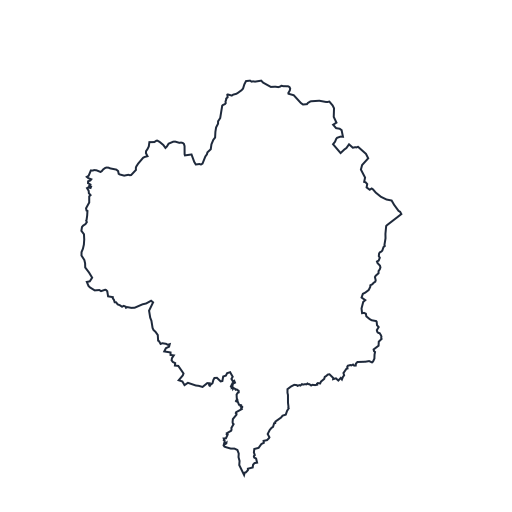 Oke Ta Ra, Mandalay, Myanmar, rotated 233°
{"feature_id": "60261553B97058697426989", "entity_name": "Oke Ta Ra", "entity_type": "district", "adm_level": 2, "iso_a3": "MMR", "parent_name": "Myanmar", "parent_adm1": "Mandalay", "projection": "natural_earth1", "projection_center": [96.134, 20.038], "detail": "fine", "context": "isolated", "style": "outline", "palette": "slate", "viewbox_px": 512, "rotation_deg": 233, "n_neighbors": 0, "source": "geoboundaries", "source_scale": "gbopen_adm2", "svg_char_len": 6151}
<svg xmlns="http://www.w3.org/2000/svg" viewBox="0 0 512 512"><g transform="rotate(233 256 256)"><path d="M114.2,306.4L115.1,306.6L116.2,307.7L117.6,308.1L120.0,308.3L120.9,307.4L122.5,307.2L124.1,307.9L125.4,311.2L127.9,311.0L130.9,312.8L131.7,312.8L135.1,309.7L137.2,308.8L141.4,307.8L143.8,309.0L145.5,308.1L146.5,306.3L150.6,308.7L154.8,314.0L155.0,316.7L159.3,315.3L161.5,318.6L161.0,321.2L161.0,325.5L162.6,328.7L163.8,329.7L163.4,332.0L163.8,333.6L163.7,335.8L164.6,337.0L167.6,338.3L168.2,339.7L168.5,343.5L170.2,344.8L170.9,346.9L172.0,348.5L173.7,349.2L177.2,348.8L178.8,349.3L178.5,351.2L180.1,353.8L182.0,354.0L183.9,355.8L184.4,357.1L184.1,358.7L184.3,360.1L186.4,363.2L186.5,364.9L187.5,365.2L192.2,370.1L195.8,372.7L201.6,378.0L201.8,379.2L202.0,397.3L204.6,397.7L206.2,397.0L213.8,397.1L218.7,397.7L222.6,394.2L228.1,391.4L234.5,389.8L238.9,389.5L240.3,389.0L240.5,386.7L244.2,385.6L246.5,388.1L248.9,387.9L250.1,387.0L253.0,390.3L261.9,391.8L264.8,395.5L266.5,404.4L271.4,405.3L281.8,403.2L282.3,401.5L283.2,400.7L284.2,398.5L289.2,397.5L287.8,393.1L287.9,390.8L287.3,385.5L298.9,384.8L299.7,387.9L301.3,390.6L301.6,391.9L300.5,395.3L298.9,397.2L305.0,400.1L307.3,399.4L309.9,396.9L314.4,396.6L314.1,400.5L320.3,401.8L327.0,407.2L330.1,407.8L335.2,407.5L336.0,405.7L337.1,404.4L341.9,400.0L346.3,393.3L346.7,392.5L347.0,389.5L346.6,388.1L348.7,384.7L351.2,383.9L361.7,382.9L366.0,379.6L366.7,379.9L367.9,382.7L369.2,384.1L370.9,384.4L372.3,383.7L375.1,380.1L376.7,378.7L376.7,377.5L377.4,375.5L379.6,373.3L382.1,369.6L390.2,366.0L392.9,365.7L395.8,360.2L397.3,358.7L397.9,357.4L399.6,356.8L401.7,353.3L400.1,350.0L397.5,346.4L397.1,344.3L397.2,339.3L397.4,337.8L398.6,334.9L398.7,333.2L402.0,330.7L402.1,330.2L399.8,328.8L399.7,327.1L399.4,326.6L398.8,326.3L397.8,324.7L396.3,323.8L396.0,322.6L396.5,320.4L396.4,319.5L387.7,310.4L386.4,306.8L384.5,305.3L382.7,301.5L379.6,298.3L375.2,294.6L374.5,291.9L372.0,287.6L368.5,284.1L368.0,279.6L366.7,277.9L366.0,275.5L362.0,268.9L362.2,267.1L363.5,266.2L365.3,263.0L368.3,263.3L375.9,265.6L379.1,259.8L380.2,260.2L386.8,265.1L389.0,265.9L390.4,265.5L391.7,264.4L392.5,262.9L396.0,260.3L397.1,258.7L398.3,253.8L397.1,250.8L396.8,248.7L400.4,248.8L405.1,247.7L407.6,246.6L408.0,245.9L408.2,243.3L411.1,239.4L408.0,236.3L406.7,233.7L405.9,231.3L404.4,230.0L401.0,229.4L402.1,226.7L402.4,225.0L400.7,217.5L399.5,214.2L398.7,213.1L397.0,211.9L395.8,205.0L396.4,203.9L397.7,202.9L399.5,199.1L403.2,196.2L404.3,195.8L406.8,197.0L409.1,196.4L413.7,192.3L415.4,191.3L416.7,189.7L417.1,188.3L417.1,185.9L416.6,184.0L416.7,182.4L420.4,180.2L422.0,178.5L422.5,177.0L423.7,175.6L420.8,170.6L421.0,168.5L419.0,169.0L416.4,170.6L416.0,169.1L416.7,166.9L415.3,165.7L412.8,166.7L412.4,165.2L410.7,166.1L409.9,164.8L411.7,163.3L411.9,161.9L408.8,161.6L406.7,160.3L404.2,160.5L404.0,158.7L399.1,155.0L396.4,149.0L394.3,148.0L393.4,148.5L389.9,145.5L386.8,142.4L386.5,141.7L384.9,141.3L384.1,139.0L384.3,136.2L383.9,134.5L381.2,131.7L376.9,131.7L372.5,128.7L368.7,125.4L366.0,122.2L364.1,119.0L361.4,116.9L356.1,116.5L353.0,115.1L349.6,112.7L343.3,112.7L337.3,112.1L335.8,108.0L337.1,105.3L332.9,104.2L330.8,104.5L325.6,106.5L323.1,110.4L321.2,111.1L319.8,115.3L319.0,115.8L317.4,116.0L312.8,113.6L309.3,116.9L308.2,116.1L306.7,116.2L304.1,115.3L303.2,116.4L300.6,116.4L298.7,117.6L296.1,118.5L295.8,120.3L293.8,121.5L292.9,121.1L292.5,122.6L289.6,125.2L287.7,128.0L285.7,136.3L284.2,139.7L283.4,145.3L280.9,145.9L276.7,137.7L270.4,134.4L267.2,133.5L260.8,130.1L258.6,129.6L255.9,130.1L252.0,130.0L247.3,126.9L246.3,127.3L243.2,126.9L242.7,128.7L240.0,131.3L238.2,132.1L237.5,134.0L235.9,132.0L236.6,128.5L235.0,125.3L230.4,129.7L228.4,128.2L226.1,130.5L225.0,127.4L223.5,125.8L221.4,125.8L219.1,127.0L217.3,125.3L215.0,127.8L205.8,127.4L204.7,125.7L203.3,119.5L200.1,121.7L195.9,121.2L195.7,125.3L188.8,130.0L186.8,132.1L183.6,134.5L183.8,140.6L182.3,142.3L181.5,141.1L180.7,140.8L180.1,141.0L180.7,142.2L180.5,142.6L180.6,144.7L182.7,147.4L183.6,149.4L182.2,151.5L177.1,152.3L176.4,153.9L179.5,157.3L178.6,160.0L179.8,162.4L178.8,165.4L173.6,164.7L172.6,162.4L169.7,162.1L169.5,163.5L167.5,163.0L167.8,161.5L168.5,160.6L166.9,157.4L166.5,157.4L166.4,158.9L165.1,157.3L164.8,158.2L163.8,157.7L164.1,158.6L162.3,159.4L161.4,159.3L161.0,160.3L158.7,161.0L157.5,160.1L157.8,159.2L157.0,157.1L153.9,155.0L152.4,154.6L152.6,153.5L152.2,152.7L151.6,152.8L151.2,153.9L147.4,152.9L145.9,154.2L145.3,153.4L144.0,154.3L143.4,153.8L143.5,152.6L142.3,152.5L143.2,146.1L142.7,145.3L141.5,145.4L141.0,144.8L139.7,139.4L137.4,137.3L136.1,136.7L135.2,136.9L133.5,132.9L132.0,131.9L131.4,131.0L132.0,126.1L130.9,126.1L131.0,125.3L130.1,125.3L128.5,122.3L129.7,120.4L128.6,120.1L128.3,119.5L127.4,119.8L125.4,118.4L124.7,118.9L124.7,120.0L124.2,119.5L124.4,117.4L125.3,117.5L124.2,116.1L122.7,116.1L120.9,117.3L117.3,120.0L115.1,122.9L112.3,124.4L108.6,123.3L105.9,121.0L102.2,119.5L99.1,116.8L88.3,114.7L89.8,116.5L89.3,117.6L89.8,120.6L91.0,121.5L89.1,126.1L91.1,128.1L91.5,130.2L90.3,132.5L94.2,134.2L96.0,133.3L97.0,133.5L97.6,134.2L97.7,135.2L100.4,136.1L102.9,138.5L101.2,142.6L102.6,147.1L102.1,149.8L103.8,150.8L102.3,154.0L102.7,156.7L103.1,157.6L106.8,158.2L108.8,162.3L109.4,165.0L109.3,166.8L111.5,169.8L111.0,170.8L112.1,171.8L111.9,178.8L112.5,181.1L111.4,184.3L113.6,187.6L114.7,190.5L115.7,190.7L116.2,191.3L119.5,193.2L125.8,197.9L127.8,198.8L130.7,201.0L130.7,205.5L130.1,209.0L128.3,210.9L127.3,211.0L126.8,212.9L125.8,213.5L126.0,215.6L125.0,216.1L124.1,218.1L123.2,218.9L123.2,220.4L122.2,220.6L121.5,221.5L119.4,222.1L119.2,223.5L117.3,225.5L116.4,227.4L117.3,227.9L117.3,228.9L115.6,230.5L116.6,232.3L116.8,236.5L118.1,238.2L117.9,239.7L118.1,242.0L117.3,243.5L112.0,244.3L111.2,243.5L110.2,246.2L107.0,246.8L107.6,250.3L105.7,250.3L107.1,252.6L107.7,254.6L109.9,255.4L111.5,260.3L111.1,261.4L112.6,262.2L113.1,263.3L112.1,265.8L111.3,266.2L110.9,268.2L109.4,268.4L108.5,269.7L109.9,271.0L110.3,273.2L105.7,279.8L104.0,283.1L101.2,284.6L101.3,286.0L102.8,288.8L105.9,291.3L107.7,293.3L109.0,293.0L110.6,293.7L110.6,299.9L113.7,302.5L114.2,306.4Z" fill="none" stroke="#1e293b" stroke-width="2"/></g></svg>